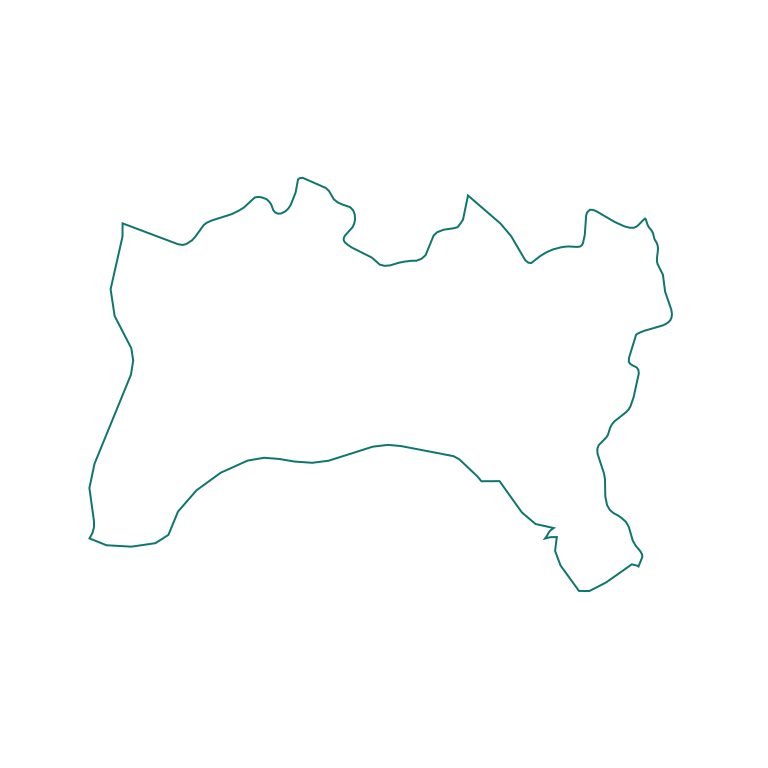 Shirak, Albers equal-area conic projection, rotated 284°
{"feature_id": "ARM-1555", "entity_name": "Shirak", "entity_type": "Province", "adm_level": 1, "iso_a3": "ARM", "parent_name": "Armenia", "parent_adm1": "", "projection": "albers", "projection_center": [43.928, 40.787], "detail": "fine", "context": "isolated", "style": "outline", "palette": "teal", "viewbox_px": 768, "rotation_deg": 284, "n_neighbors": 0, "source": "natural_earth", "source_scale": "10m", "svg_char_len": 2670}
<svg xmlns="http://www.w3.org/2000/svg" viewBox="0 0 768 768"><g transform="rotate(284 384 384)"><path d="M331.8,136.2L346.1,135.0L357.5,130.2L384.8,106.2L409.8,95.8L463.8,94.6L476.6,91.5L476.5,92.6L469.8,150.4L470.2,154.9L471.9,158.2L477.0,163.0L481.1,165.2L494.7,170.7L497.6,173.0L501.2,177.6L512.0,195.2L517.0,201.1L521.5,205.5L532.1,212.4L533.8,213.7L534.9,216.2L535.5,219.5L535.0,225.2L533.1,228.6L530.9,231.1L525.7,234.7L524.2,236.8L523.6,239.7L524.5,242.8L527.7,246.6L531.3,248.8L535.3,250.2L548.4,251.9L561.7,251.1L563.4,252.5L564.4,255.3L560.1,280.1L557.9,284.0L551.2,290.5L549.1,294.8L548.1,300.1L547.4,308.3L545.1,312.0L541.6,314.5L536.9,316.1L532.5,316.3L528.4,315.5L518.9,310.4L516.6,309.7L514.8,309.8L513.4,310.4L512.5,311.3L511.8,312.0L510.1,315.6L508.6,319.8L503.9,340.9L503.1,342.9L498.8,351.0L498.8,355.9L500.5,361.1L505.3,369.2L508.0,375.0L510.2,380.9L511.6,385.9L514.7,390.2L519.1,393.2L539.9,396.2L544.1,398.8L548.1,404.5L552.1,414.2L554.0,417.5L558.7,419.6L562.7,420.9L587.2,419.9L567.8,458.3L558.1,471.7L538.2,491.2L536.6,494.8L537.0,497.6L546.0,504.7L551.2,509.8L555.3,515.2L559.0,521.8L560.6,525.3L562.0,529.3L563.7,538.1L564.7,540.8L566.6,542.5L569.0,543.0L577.5,542.7L596.3,539.4L599.8,539.6L602.9,541.7L603.5,544.8L602.8,549.0L597.0,568.8L595.1,579.3L595.1,584.7L596.1,588.7L597.7,590.8L599.6,592.3L605.8,595.9L607.6,597.3L607.1,598.2L602.7,600.9L600.4,602.8L597.4,606.8L595.4,608.5L590.0,611.4L587.2,614.2L584.8,615.9L581.6,617.2L571.6,618.5L568.8,619.3L566.5,620.5L557.5,628.2L541.6,634.4L525.6,644.8L521.8,646.4L518.4,646.9L515.6,646.5L513.0,645.2L510.6,643.1L508.2,640.2L498.8,624.0L495.2,619.0L494.0,617.7L492.8,616.7L468.4,615.4L464.7,616.2L463.0,618.2L462.1,621.1L461.2,625.2L459.2,627.4L455.9,628.7L431.4,629.4L421.7,628.5L418.7,627.6L415.4,625.8L403.3,616.5L399.9,614.9L396.2,614.0L388.9,613.6L385.9,612.6L376.6,607.1L372.6,606.7L368.1,608.0L350.1,619.3L344.9,621.5L328.5,625.9L320.5,629.7L316.6,633.4L314.3,637.8L313.2,642.3L311.7,646.5L308.6,652.3L304.4,656.2L292.3,663.2L288.2,667.1L283.7,673.2L281.2,675.5L278.7,676.5L268.5,675.1L269.0,673.4L269.0,668.1L245.2,647.5L232.8,633.4L230.4,623.2L250.6,599.2L263.4,590.4L277.3,588.7L275.8,583.1L274.8,580.8L273.0,577.6L276.5,579.0L279.2,579.6L281.8,580.6L285.3,583.5L284.8,564.9L292.7,548.9L317.7,519.6L313.2,502.0L316.8,497.2L329.1,475.4L330.8,469.1L327.9,415.4L325.9,402.6L320.4,388.1L296.2,348.9L290.2,333.5L287.1,315.9L285.9,300.3L283.4,285.5L276.7,270.2L258.5,247.1L235.5,227.8L210.4,215.0L185.4,211.3L174.2,200.6L165.1,178.4L160.4,153.7L162.9,135.6L168.7,137.1L174.5,137.3L180.2,136.0L211.8,123.3L236.6,122.4L331.8,136.2Z" fill="none" stroke="#0f766e" stroke-width="2"/></g></svg>